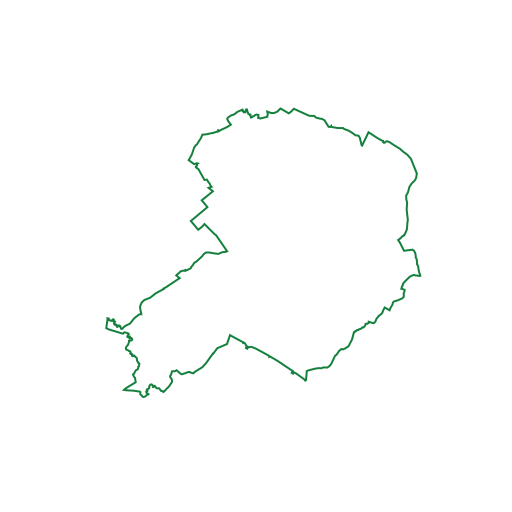 the district of Tauteu, Bihor, Romania, rotated 238°
{"feature_id": "2599482B27968189683607", "entity_name": "Tauteu", "entity_type": "district", "adm_level": 2, "iso_a3": "ROU", "parent_name": "Romania", "parent_adm1": "Bihor", "projection": "mercator", "projection_center": [22.342, 47.279], "detail": "fine", "context": "isolated", "style": "outline", "palette": "green", "viewbox_px": 512, "rotation_deg": 238, "n_neighbors": 0, "source": "geoboundaries", "source_scale": "gbopen_adm2", "svg_char_len": 6089}
<svg xmlns="http://www.w3.org/2000/svg" viewBox="0 0 512 512"><g transform="rotate(238 256 256)"><path d="M387.3,275.0L386.8,274.0L385.3,272.1L382.9,266.9L382.1,265.6L381.8,263.5L380.7,261.0L376.2,255.5L373.7,251.2L373.0,249.7L366.7,252.2L366.0,255.0L365.3,255.6L365.2,254.6L364.1,254.1L363.6,252.2L362.8,252.1L360.3,253.2L347.8,252.6L346.8,254.8L343.4,254.8L342.3,255.1L339.3,254.7L338.2,254.9L338.9,251.9L333.7,253.7L332.0,239.5L323.2,240.7L320.2,219.3L308.9,220.9L309.4,225.8L310.4,229.2L296.7,232.4L294.6,233.2L275.3,234.0L275.6,232.7L277.0,229.6L277.7,225.5L278.0,224.8L281.9,220.2L283.4,218.7L285.5,215.4L285.2,212.4L284.3,210.2L282.9,202.7L282.9,200.4L282.7,199.4L281.6,197.4L281.2,195.7L280.2,194.1L280.4,191.2L280.9,188.3L281.6,188.5L281.6,187.4L282.4,185.9L282.9,183.6L282.4,181.8L282.0,178.8L281.8,178.1L277.7,179.5L277.2,163.4L277.4,160.4L276.9,160.4L277.5,151.0L276.7,144.1L277.8,138.3L277.7,136.9L277.0,134.2L275.0,131.4L274.1,130.6L272.2,129.7L267.4,127.9L268.2,126.5L268.3,125.6L267.9,121.1L267.3,118.4L265.6,113.9L265.5,112.9L266.0,107.5L265.3,104.4L265.1,104.2L265.4,103.3L265.9,103.0L268.4,103.7L268.7,103.1L269.8,103.0L270.2,101.9L269.3,101.2L269.4,100.7L271.0,100.7L271.7,101.1L272.5,100.8L272.7,100.5L272.4,100.0L272.7,99.7L273.8,99.7L274.2,100.0L274.6,101.0L275.1,101.7L275.5,101.5L275.8,100.5L276.3,100.5L277.1,100.9L277.4,101.6L277.8,101.5L278.1,101.2L277.5,99.3L277.8,98.7L278.9,98.1L279.1,97.5L279.7,97.3L281.0,98.0L281.9,97.0L281.2,96.7L274.2,90.8L271.7,92.3L260.7,101.9L260.6,102.5L261.0,103.6L260.9,104.2L258.3,106.5L257.6,106.8L257.1,106.7L256.6,105.1L255.8,104.1L255.2,104.2L254.8,104.6L254.8,105.6L254.6,106.3L254.1,106.3L253.6,105.1L253.3,105.1L252.9,105.2L252.7,106.3L252.4,106.9L250.8,106.8L250.5,106.6L250.4,106.1L250.6,104.9L251.4,103.4L250.7,103.0L249.1,101.2L248.5,100.3L248.0,98.7L247.3,97.2L246.7,96.7L246.0,96.4L245.4,96.4L244.0,97.5L242.9,97.8L241.8,98.8L240.7,98.7L240.1,97.7L239.3,97.8L238.5,98.9L238.0,99.0L237.1,98.0L236.3,98.4L236.0,100.0L234.0,100.3L233.3,100.7L232.6,100.8L230.4,99.7L229.5,99.6L228.7,99.8L227.6,99.5L226.9,100.0L226.4,100.0L224.5,98.2L224.4,97.4L223.8,97.1L222.6,95.7L222.7,93.4L221.5,91.2L221.0,90.7L220.8,90.3L220.8,89.0L220.1,88.7L217.9,88.6L216.8,88.8L212.7,87.1L212.8,78.6L212.7,74.5L212.4,73.1L210.6,75.2L206.8,80.6L202.5,85.7L201.8,85.8L200.1,84.6L198.6,85.1L196.9,85.2L196.0,85.9L195.6,87.8L196.1,90.3L195.7,91.6L194.9,91.9L196.2,91.6L197.8,90.6L199.1,91.0L199.0,91.8L199.1,92.5L200.4,92.5L200.7,93.1L200.5,93.9L200.4,95.2L200.8,95.7L201.9,96.2L202.9,98.2L202.7,99.0L202.1,99.6L201.1,99.8L199.9,99.2L199.3,99.3L199.2,99.8L199.7,100.9L199.6,101.3L197.1,101.5L196.3,101.8L195.2,103.7L191.7,104.1L190.5,105.6L189.8,105.4L189.7,106.1L191.0,110.8L191.3,112.7L193.6,117.8L194.1,118.4L196.1,119.2L199.1,119.1L199.8,119.7L200.1,120.6L200.7,121.5L202.7,123.7L201.3,126.0L201.1,128.2L197.2,129.3L195.2,130.1L194.8,131.0L194.0,134.3L193.7,136.1L193.1,137.9L192.7,138.4L192.1,138.5L189.7,140.7L190.2,143.1L190.1,151.5L191.5,156.7L196.1,167.7L195.8,167.9L198.3,174.3L196.7,184.7L202.6,192.0L189.4,199.5L189.0,199.1L188.8,199.3L189.0,199.8L188.4,200.1L186.7,200.4L185.0,200.1L183.9,200.7L183.6,200.3L184.1,200.0L183.3,198.7L182.0,199.5L182.8,200.8L183.2,200.5L183.5,200.9L182.4,201.6L181.8,203.3L180.6,204.6L177.7,206.7L165.5,213.6L164.1,214.2L163.4,213.8L163.3,214.6L162.9,214.9L155.4,218.8L138.7,226.3L138.4,226.0L138.6,225.9L138.0,224.4L136.6,225.0L137.2,226.5L135.8,227.5L126.3,231.4L124.2,231.8L124.2,232.6L131.5,238.1L131.1,240.2L129.0,246.8L127.6,249.9L126.2,251.8L126.0,253.3L125.6,254.4L123.6,257.4L123.7,259.8L124.6,262.6L129.5,270.2L129.6,272.0L131.5,276.3L131.6,277.6L131.9,279.1L130.7,280.2L130.4,282.6L130.4,286.5L134.3,293.2L139.3,298.5L139.1,299.0L139.6,299.4L139.6,300.2L139.4,300.3L139.3,301.0L139.7,301.8L139.6,302.4L139.0,303.3L139.0,303.6L139.3,303.7L139.3,304.3L138.7,306.3L138.7,307.2L139.0,307.7L139.1,308.4L138.6,308.9L138.5,309.6L138.6,310.4L139.6,312.4L140.3,312.9L140.3,313.6L139.7,314.2L139.5,316.1L140.5,316.8L137.1,319.6L136.6,320.3L137.1,322.4L139.1,325.2L139.4,326.5L140.1,328.3L140.5,331.7L140.9,333.0L142.7,335.4L144.1,337.9L139.2,340.5L140.4,342.0L142.4,345.9L143.9,347.4L144.2,348.4L144.3,349.0L143.2,353.1L142.6,357.1L142.7,358.3L143.1,359.7L146.1,361.5L147.0,362.8L148.4,364.1L150.5,362.7L151.2,361.9L152.9,363.8L153.1,364.7L154.1,365.4L154.5,365.9L155.3,367.9L156.9,375.2L156.8,377.7L156.2,380.1L155.5,380.4L152.4,384.2L152.2,384.9L156.7,386.0L161.5,388.1L163.8,388.2L164.6,388.9L168.3,390.6L170.2,390.7L171.6,391.6L174.1,392.6L176.5,392.8L178.4,392.1L182.0,384.3L190.4,385.1L194.2,385.0L194.5,388.2L195.2,390.3L195.0,391.6L195.4,392.7L195.1,392.9L198.1,397.5L200.7,399.7L204.0,402.0L206.0,403.8L215.6,408.4L221.1,412.4L224.4,413.5L227.7,415.4L229.3,418.4L233.5,423.0L235.0,426.5L235.7,429.7L236.3,431.5L237.6,433.4L240.7,436.1L256.3,438.9L261.8,438.0L266.4,436.1L270.6,434.9L276.6,431.9L281.1,429.9L283.3,428.5L284.2,427.3L283.9,425.1L284.3,424.4L285.1,424.1L285.5,424.6L286.3,424.8L287.2,423.9L291.8,421.4L301.3,417.0L293.4,404.5L294.1,404.3L301.2,406.7L303.7,406.7L305.6,404.4L311.1,402.1L313.6,400.7L316.9,398.1L318.3,397.7L321.3,393.0L325.3,388.6L326.0,388.3L326.4,388.5L326.3,387.9L326.0,387.6L327.0,386.0L334.9,386.0L337.4,384.5L338.9,382.7L341.5,380.3L344.0,379.5L345.8,376.7L346.9,375.3L360.8,366.1L359.8,362.0L359.6,359.4L368.0,355.0L367.8,354.2L368.0,354.1L367.2,351.0L367.3,349.0L367.9,346.6L369.4,344.4L372.5,342.1L369.6,340.9L368.5,339.4L368.1,339.3L370.3,332.5L371.0,332.1L372.0,331.0L374.3,332.8L375.6,331.5L376.0,329.9L375.7,328.8L376.1,327.0L375.8,326.4L376.1,325.1L378.0,325.5L378.3,326.0L379.0,326.2L380.2,324.8L383.5,325.4L385.0,326.0L385.5,325.4L384.9,324.6L384.9,324.2L383.9,323.6L383.5,323.1L384.2,322.3L384.3,321.8L384.9,321.7L385.9,322.0L386.1,321.5L387.3,322.0L388.1,316.5L387.7,313.8L387.9,311.3L388.4,309.7L388.3,305.9L387.6,304.2L385.0,303.9L380.7,304.3L380.7,303.7L380.7,299.3L381.5,293.1L381.5,291.3L382.7,290.6L381.6,289.4L382.2,288.6L383.0,285.1L383.9,283.0L385.0,279.6L386.5,276.3L387.3,275.0Z" fill="none" stroke="#15803d" stroke-width="2"/></g></svg>